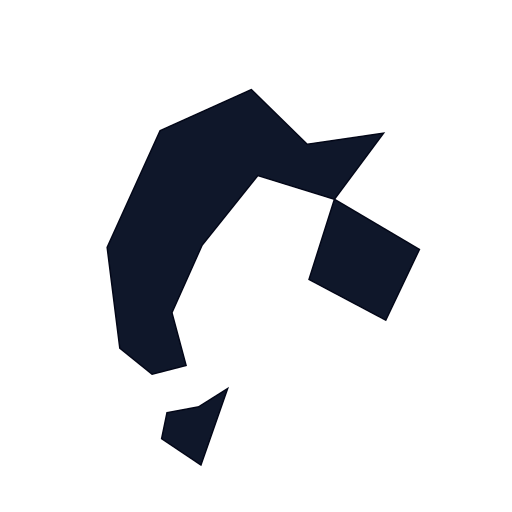 the state/province of Hamilton, rotated 331°
{"feature_id": "BMU-5137", "entity_name": "Hamilton", "entity_type": "state/province", "adm_level": 1, "iso_a3": "BMU", "parent_name": "Bermuda", "parent_adm1": "", "projection": "natural_earth1", "projection_center": [-64.722, 32.335], "detail": "fine", "context": "isolated", "style": "filled", "palette": "ink", "viewbox_px": 512, "rotation_deg": 331, "n_neighbors": 0, "source": "natural_earth", "source_scale": "10m", "svg_char_len": 457}
<svg xmlns="http://www.w3.org/2000/svg" viewBox="0 0 512 512"><g transform="rotate(331 256 256)"><path d="M352.1,244.4L296.6,186.5L214.1,220.4L155.0,264.8L141.8,317.8L107.8,309.0L92.2,270.6L130.0,176.3L232.9,99.9L332.6,108.2L354.9,183.1L427.1,210.4L352.1,244.4ZM291.0,302.2L352.1,244.4L402.1,329.5L338.4,375.0L291.0,302.2ZM84.9,370.0L102.2,349.9L132.7,360.1L166.9,358.2L106.5,412.1L84.9,370.0Z" fill="#0f172a" stroke="#020617" stroke-width="1.5"/></g></svg>